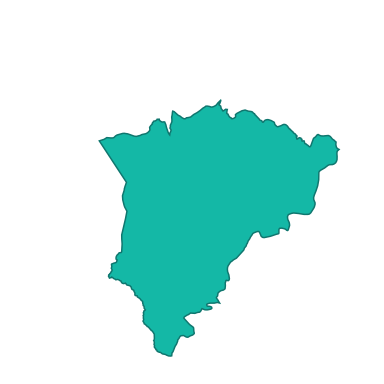 Ta Phraya, Sa Kaeo, Thailand (Albers equal-area conic projection), rotated 135°
{"feature_id": "78962969B35717105956499", "entity_name": "Ta Phraya", "entity_type": "district", "adm_level": 2, "iso_a3": "THA", "parent_name": "Thailand", "parent_adm1": "Sa Kaeo", "projection": "albers", "projection_center": [102.705, 14.016], "detail": "fine", "context": "isolated", "style": "filled", "palette": "teal", "viewbox_px": 384, "rotation_deg": 135, "n_neighbors": 0, "source": "geoboundaries", "source_scale": "gbopen_adm2", "svg_char_len": 5997}
<svg xmlns="http://www.w3.org/2000/svg" viewBox="0 0 384 384"><g transform="rotate(135 192 192)"><path d="M221.4,293.7L231.5,245.2L235.8,243.1L237.9,241.9L238.3,241.4L243.8,238.5L246.5,235.4L249.3,230.8L250.2,229.0L251.6,224.4L258.1,220.0L272.0,211.4L274.8,208.5L278.1,204.7L283.6,199.8L284.2,199.4L284.9,199.3L286.5,200.5L288.1,200.3L289.3,200.4L291.0,200.0L292.1,199.3L293.1,198.3L293.2,197.6L293.0,196.8L294.9,195.9L295.8,195.9L297.6,197.0L299.8,197.9L300.2,197.7L301.4,196.0L303.0,195.1L303.4,193.7L304.3,192.9L305.9,192.7L306.6,192.3L308.0,192.4L308.9,192.0L309.5,192.3L310.8,191.2L310.8,190.4L311.2,189.8L311.2,189.4L310.4,189.1L309.6,188.5L308.9,188.6L308.6,187.2L308.6,186.3L307.9,184.4L308.0,183.9L307.4,183.4L306.6,183.0L305.9,181.8L305.5,179.7L305.2,179.2L305.8,177.9L305.8,177.0L305.3,175.8L304.0,174.8L303.5,174.6L303.5,173.8L303.8,173.0L303.8,172.3L302.2,169.7L302.2,167.9L303.2,166.1L303.2,165.1L302.8,164.2L302.7,163.6L303.3,162.7L303.8,160.9L304.8,160.0L305.3,159.2L305.3,158.9L304.2,157.4L304.8,156.4L304.3,154.1L304.2,153.4L304.5,151.5L304.3,149.6L305.6,148.0L306.0,147.1L306.8,146.2L306.7,145.0L308.0,143.7L308.3,141.7L308.8,141.6L310.1,141.9L311.1,141.2L311.7,141.1L312.6,139.7L313.4,139.3L313.9,139.2L314.1,138.6L315.7,137.1L316.1,136.2L316.7,135.8L317.8,135.4L318.1,135.1L318.3,133.7L319.0,132.6L318.7,131.7L318.6,129.3L318.8,128.6L318.3,127.5L318.7,122.9L318.5,122.7L318.5,121.2L319.2,118.2L322.2,115.0L323.7,114.0L324.1,114.0L324.1,113.7L325.3,111.9L326.6,111.1L327.1,109.8L328.1,109.2L328.4,108.7L328.3,108.2L328.6,107.3L328.5,106.9L329.0,106.0L328.7,105.5L328.8,104.8L329.2,104.2L329.1,103.4L328.8,102.8L328.5,101.9L327.7,100.9L327.4,98.5L325.6,95.8L325.4,94.8L324.5,92.7L323.2,91.2L322.2,90.5L320.0,92.3L318.4,92.5L313.2,94.8L310.5,95.4L307.6,96.7L306.4,97.6L305.1,97.6L302.8,98.3L302.1,98.3L301.6,98.2L299.9,96.9L299.4,96.4L298.6,93.5L297.6,92.2L295.0,91.5L292.6,90.4L290.6,90.3L289.9,91.0L289.2,92.2L287.0,94.7L286.8,95.3L286.8,96.1L287.3,99.1L287.4,100.6L287.0,108.5L286.7,108.8L285.6,109.1L282.4,108.4L281.1,107.8L278.7,107.5L275.8,104.2L273.2,102.9L271.5,101.6L270.2,101.6L267.4,102.4L266.3,99.8L265.3,98.6L264.2,97.6L261.9,96.1L260.9,95.7L260.3,95.7L259.6,96.5L259.7,97.5L260.4,98.8L261.8,100.3L261.9,100.8L261.3,101.9L261.0,102.1L259.9,101.9L258.0,100.8L254.7,97.6L252.2,96.0L251.0,94.0L250.0,97.7L249.8,99.4L249.4,100.1L248.9,100.3L247.4,100.4L245.2,102.1L243.8,102.2L241.6,101.9L239.0,100.4L237.1,100.2L234.7,102.1L233.0,104.0L232.6,104.4L231.8,104.6L230.7,105.4L230.2,105.3L229.2,103.8L228.9,103.6L227.9,103.6L226.9,104.2L224.6,107.3L223.2,110.4L221.6,112.4L220.1,113.6L218.6,114.3L214.2,115.2L213.1,114.9L210.5,114.7L207.4,113.8L197.2,114.3L196.3,114.4L194.5,115.3L192.0,115.5L190.3,116.4L189.2,116.6L186.8,117.7L184.7,118.0L182.0,118.9L180.4,119.1L178.5,119.6L177.5,119.5L174.6,118.3L173.3,117.5L172.7,116.8L172.8,115.6L174.4,111.7L174.2,110.1L173.3,108.8L167.8,105.2L162.5,102.6L160.5,101.4L160.1,101.3L159.6,101.5L157.0,104.1L156.1,104.3L155.6,104.3L154.1,103.0L152.6,100.6L152.2,99.4L152.1,98.0L151.8,97.3L151.4,97.1L150.7,97.2L146.7,99.3L145.8,100.3L144.8,101.8L143.6,105.0L142.0,107.0L140.3,107.8L139.0,107.6L136.4,106.3L134.9,105.2L131.8,101.4L128.5,96.8L125.6,94.0L124.5,93.4L122.7,93.3L117.3,94.5L115.9,95.0L113.7,96.3L112.6,97.4L111.3,100.5L110.0,102.0L107.8,103.3L103.6,105.1L98.8,107.5L93.7,111.1L88.4,116.2L87.5,116.5L86.0,116.5L81.1,115.2L77.0,114.7L75.5,114.1L73.3,112.1L72.3,111.6L71.4,111.3L69.7,111.1L68.0,111.6L66.5,112.4L64.2,114.6L62.5,116.6L61.0,117.9L60.0,118.2L57.9,118.1L58.5,120.0L58.1,121.8L56.8,123.8L54.8,125.5L55.0,126.6L54.8,127.6L55.3,130.1L55.0,133.1L55.1,134.2L55.7,135.6L59.6,138.8L60.8,140.1L61.6,141.5L62.1,143.4L62.5,143.7L63.4,143.9L65.6,143.6L67.7,144.0L68.4,143.9L75.2,140.7L76.5,140.5L77.0,141.0L77.1,143.4L77.4,144.4L77.3,145.1L77.7,145.9L77.9,146.5L76.6,148.8L77.2,149.5L78.1,150.1L77.6,151.2L77.0,151.5L77.2,152.6L76.9,153.2L77.8,154.6L79.5,154.8L80.2,155.1L80.4,155.5L79.5,156.5L79.5,156.9L79.2,157.0L78.9,157.5L78.7,157.0L78.4,157.2L78.4,157.6L78.1,157.8L78.4,158.2L78.0,159.2L78.0,160.3L78.4,161.9L78.4,162.4L78.1,163.1L78.3,163.9L78.2,164.7L78.4,165.5L78.2,166.1L78.4,166.8L78.2,167.4L78.5,167.9L78.3,168.6L78.4,169.5L78.1,170.0L77.9,171.1L78.1,173.2L78.6,174.1L79.3,174.9L80.4,175.4L82.1,175.9L85.1,177.4L85.5,177.8L85.7,178.6L85.7,180.6L85.6,181.3L84.7,182.8L84.6,183.4L85.5,186.5L86.5,188.5L87.1,189.5L88.2,190.4L89.3,191.0L90.3,191.2L92.0,191.0L92.5,191.1L92.7,191.5L92.7,191.9L92.3,193.1L93.2,194.9L92.9,196.1L92.8,200.7L92.7,201.4L92.9,202.0L92.4,203.2L92.8,203.9L92.7,205.9L93.2,207.0L95.1,209.5L96.5,212.4L99.2,214.1L104.5,215.8L106.5,216.0L107.7,214.6L108.4,214.2L110.2,214.5L111.9,215.5L112.1,216.0L111.9,216.7L112.4,218.3L112.3,219.4L111.5,221.7L111.7,221.9L111.8,223.0L110.0,224.6L108.7,225.4L109.7,226.7L112.0,227.1L112.8,227.4L112.2,230.9L111.8,231.1L111.0,232.5L111.3,234.6L110.2,234.8L110.2,235.2L109.2,235.2L107.1,236.2L106.9,236.6L110.5,236.7L113.5,236.3L115.8,236.9L117.3,237.6L118.4,238.5L119.2,240.2L120.5,242.0L121.5,242.9L123.2,243.1L125.0,243.6L128.8,243.9L132.6,244.6L136.0,245.6L140.0,246.0L142.2,247.4L143.3,248.3L145.2,248.7L145.9,249.6L146.5,251.4L146.8,254.1L147.5,256.0L147.8,261.4L148.4,262.8L149.2,262.4L151.3,260.7L153.4,259.3L155.1,257.3L156.7,255.8L160.1,254.5L161.1,253.5L162.3,252.8L162.6,252.3L162.7,251.3L163.2,250.4L165.0,249.5L166.3,249.2L166.7,248.6L167.4,248.1L167.2,249.6L166.5,251.5L164.4,255.7L162.9,258.1L161.8,260.8L162.2,261.4L163.6,262.5L164.3,264.4L164.2,265.6L164.4,265.8L163.7,266.6L164.9,267.8L165.3,268.1L165.8,267.8L166.9,268.0L168.1,268.4L168.6,269.0L169.3,269.2L170.1,268.8L170.8,268.9L170.9,268.7L171.7,268.6L172.1,268.1L174.1,268.1L176.2,267.7L177.8,265.7L179.0,265.3L181.4,265.3L183.5,265.9L186.2,267.7L187.3,268.3L188.4,268.5L192.1,270.7L193.4,272.4L196.3,278.5L198.5,281.5L199.7,282.5L204.7,285.3L206.4,285.7L208.6,285.7L209.7,286.2L211.0,287.4L213.8,290.7L216.9,291.4L221.4,293.7Z" fill="#14b8a6" stroke="#0f766e" stroke-width="1.5"/></g></svg>